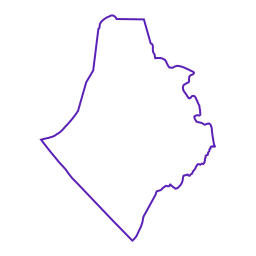 the district of Preah Vihear, Preah Vihéar, Cambodia
{"feature_id": "14789045B58116618058730", "entity_name": "Preah Vihear", "entity_type": "district", "adm_level": 2, "iso_a3": "KHM", "parent_name": "Cambodia", "parent_adm1": "Preah Vihéar", "projection": "equal_earth", "projection_center": [105.027, 13.736], "detail": "fine", "context": "isolated", "style": "outline", "palette": "violet", "viewbox_px": 256, "rotation_deg": 0, "n_neighbors": 0, "source": "geoboundaries", "source_scale": "gbopen_adm2", "svg_char_len": 4207}
<svg xmlns="http://www.w3.org/2000/svg" viewBox="0 0 256 256"><path d="M132.3,240.6L133.5,239.7L135.1,237.8L136.1,236.6L137.0,235.1L137.7,233.5L138.4,232.0L139.3,230.1L140.2,228.3L141.1,226.3L141.6,224.6L142.4,222.4L142.7,220.6L143.1,218.5L143.4,216.8L155.4,195.0L155.7,194.2L156.1,192.9L156.3,192.3L156.5,191.8L156.9,191.2L158.2,190.9L158.6,190.8L159.1,190.6L159.6,190.4L160.6,190.2L161.0,189.9L161.6,189.4L161.9,189.0L162.4,188.6L162.8,188.0L163.3,187.5L164.0,187.2L165.0,186.5L165.5,186.1L166.2,185.8L167.2,186.1L168.1,186.3L168.9,186.1L169.3,186.1L169.6,185.6L169.9,184.7L170.4,184.5L171.0,185.2L171.7,185.9L172.3,186.3L173.1,187.0L173.7,187.4L174.4,187.8L175.0,188.5L175.5,188.7L176.4,188.5L176.9,188.4L177.7,187.8L178.3,187.3L178.8,187.0L179.5,186.1L180.4,185.2L180.7,184.8L181.2,183.9L181.6,183.5L181.8,182.9L182.2,181.9L182.5,181.2L182.6,180.5L182.7,179.7L182.9,178.6L183.1,177.3L183.4,176.0L184.1,175.5L184.9,175.3L185.6,175.2L186.3,175.1L187.2,174.5L188.0,174.8L188.8,175.7L189.3,175.8L189.9,175.4L190.4,174.8L190.8,174.3L191.5,174.0L192.1,173.5L192.6,172.4L193.2,171.2L193.8,170.4L194.6,169.6L195.2,168.7L195.6,167.7L195.9,166.8L196.8,165.6L197.2,164.8L198.0,164.1L198.9,164.2L199.7,164.5L200.5,164.7L201.0,164.2L201.8,163.6L202.5,163.7L203.4,164.0L203.8,163.4L204.1,163.0L204.5,162.5L204.5,161.5L204.8,161.0L205.0,160.4L204.9,159.7L205.0,158.8L205.4,157.7L205.7,157.3L205.6,156.7L205.6,156.2L205.8,155.7L206.3,155.2L207.3,155.1L207.9,154.6L207.9,153.3L208.3,152.2L209.1,151.4L209.4,150.8L209.4,149.8L209.6,149.1L210.0,149.0L210.5,148.6L210.5,147.8L210.7,147.0L211.0,146.6L211.6,146.5L212.3,146.7L212.7,146.3L213.5,146.4L214.3,146.8L214.9,146.4L214.2,144.9L213.9,144.1L213.6,142.2L213.4,140.9L213.2,139.7L212.9,137.9L212.7,136.7L212.5,135.4L212.3,134.1L212.1,132.4L211.9,131.1L211.8,129.9L211.9,129.2L211.7,128.0L211.2,126.4L210.9,125.4L210.2,124.4L209.6,123.8L209.0,123.5L207.9,123.7L207.1,123.8L206.6,124.0L205.9,124.3L205.3,124.6L204.7,124.7L203.5,124.0L202.4,123.3L200.8,122.7L198.4,122.2L197.1,122.0L196.3,121.3L195.6,120.2L195.3,119.7L194.7,118.5L194.5,117.9L194.3,116.7L195.0,116.0L195.8,115.6L196.7,115.4L197.5,115.2L198.2,115.3L198.9,115.5L199.5,115.4L200.0,115.0L200.3,114.7L200.3,113.5L200.1,112.0L200.1,110.9L200.0,110.0L199.9,109.4L199.8,108.7L199.5,107.8L199.5,107.2L199.4,105.9L199.2,105.4L198.9,104.8L198.6,104.3L198.1,103.3L197.6,102.2L197.2,101.0L196.6,99.9L195.6,97.6L195.0,96.7L194.2,96.0L193.4,95.9L192.5,96.0L191.6,96.4L191.2,97.0L190.7,97.7L190.2,98.1L189.6,98.3L188.9,98.2L188.3,97.8L188.0,97.3L187.6,96.7L187.2,96.0L186.9,95.5L186.6,94.9L186.1,94.3L185.7,93.7L185.4,93.2L184.7,92.4L184.1,91.6L183.8,90.9L183.4,90.3L183.2,89.6L183.0,88.6L182.9,87.5L183.1,86.4L183.5,85.4L184.0,84.8L184.6,84.4L185.5,83.9L186.1,83.6L186.7,83.1L187.4,82.8L188.0,82.6L188.6,82.2L188.9,81.7L189.1,80.9L189.0,79.8L189.0,78.8L189.1,78.0L189.2,77.3L189.5,76.5L189.9,75.9L190.3,75.6L190.9,75.1L192.1,74.7L193.1,74.2L193.5,73.8L193.8,73.3L194.0,72.8L193.5,72.0L192.6,71.5L191.9,71.2L191.0,70.9L190.6,70.6L189.7,70.1L188.4,69.5L187.1,68.9L185.9,68.4L184.9,67.9L183.5,67.3L182.0,66.8L181.0,66.5L180.0,66.3L178.4,65.9L176.8,65.9L175.9,66.2L174.3,66.7L173.1,67.6L171.8,67.7L170.3,67.6L169.5,67.5L169.0,67.0L168.4,66.2L167.8,65.2L167.4,64.3L166.7,63.1L166.3,61.9L165.8,61.1L165.1,60.0L164.1,59.4L162.8,58.7L161.5,58.2L160.5,58.1L159.2,58.0L158.0,58.0L156.9,58.0L155.9,58.3L155.1,58.0L155.0,57.2L154.9,56.2L154.7,55.2L154.5,54.3L154.1,53.6L153.5,52.8L153.1,51.8L152.9,50.4L152.8,48.8L152.9,47.0L152.7,45.3L152.0,44.1L151.2,43.7L150.7,43.4L143.9,19.4L116.5,19.0L115.7,17.4L114.3,16.1L113.0,15.5L111.6,15.4L110.1,16.0L108.5,16.8L106.5,17.6L104.6,18.9L103.4,19.8L102.2,20.8L101.1,21.9L100.3,23.4L99.9,24.4L99.7,25.2L99.6,25.9L99.6,26.8L99.5,27.4L99.2,28.3L98.4,28.8L93.2,70.5L86.2,82.3L78.0,111.0L75.0,115.3L72.0,119.2L69.9,121.6L67.7,124.2L65.4,126.5L62.5,129.9L59.5,132.6L56.9,134.1L54.9,135.6L52.2,136.8L50.3,137.3L48.6,137.9L47.1,138.1L46.0,138.5L44.4,138.8L42.6,139.3L41.1,139.7L41.9,140.7L43.5,142.9L47.5,148.0L50.7,152.1L55.3,157.6L59.3,162.5L63.1,166.6L65.7,169.5L66.5,170.6L68.5,173.5L72.2,178.2L78.2,184.3L114.3,222.2L118.2,226.1L132.3,240.6Z" fill="none" stroke="#5b21b6" stroke-width="2"/></svg>